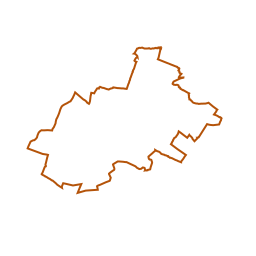 the district of Ciocani, Vaslui, Romania, rotated 122°
{"feature_id": "2599482B54838124288595", "entity_name": "Ciocani", "entity_type": "district", "adm_level": 2, "iso_a3": "ROU", "parent_name": "Romania", "parent_adm1": "Vaslui", "projection": "natural_earth1", "projection_center": [27.58, 46.249], "detail": "fine", "context": "isolated", "style": "outline", "palette": "amber", "viewbox_px": 256, "rotation_deg": 122, "n_neighbors": 0, "source": "geoboundaries", "source_scale": "gbopen_adm2", "svg_char_len": 5702}
<svg xmlns="http://www.w3.org/2000/svg" viewBox="0 0 256 256"><g transform="rotate(122 128 128)"><path d="M125.8,191.7L128.4,191.2L129.7,191.1L131.9,190.8L135.9,190.9L136.6,191.5L139.2,192.8L141.8,194.4L143.9,195.4L145.0,195.6L146.2,195.5L147.9,195.3L151.8,194.3L153.3,194.0L156.6,193.5L158.6,193.4L160.7,192.7L162.5,191.9L166.7,191.3L168.7,191.5L170.3,191.0L171.7,193.7L172.4,195.0L174.3,197.7L175.4,199.5L175.6,200.0L175.8,200.2L177.0,200.8L178.5,201.2L179.3,201.3L181.4,201.0L182.7,200.7L184.2,200.2L185.6,200.3L187.9,200.9L188.6,201.8L189.1,202.2L190.8,203.2L191.2,203.4L196.6,202.7L198.5,202.3L196.6,193.2L195.2,186.5L193.5,182.6L193.2,181.6L196.1,180.8L201.1,179.1L202.6,178.7L203.3,178.1L203.7,177.5L203.9,177.4L204.1,177.4L204.5,177.8L204.9,177.9L205.6,177.9L211.2,176.8L212.9,176.8L213.0,176.7L213.0,175.4L212.8,172.9L213.0,172.4L212.8,171.8L212.7,171.3L212.8,169.0L212.6,167.2L212.8,164.8L212.5,164.2L213.1,160.0L213.6,157.9L213.7,154.6L213.7,152.3L213.1,152.9L212.6,153.1L209.2,153.7L208.1,150.7L205.9,144.2L200.3,137.9L205.3,137.1L209.7,136.3L203.5,130.7L196.4,120.9L195.2,121.9L193.8,123.4L193.4,123.3L192.5,122.8L191.0,121.6L185.7,118.0L182.7,115.7L182.3,115.5L179.3,116.3L177.1,119.7L176.8,119.9L175.9,119.7L172.6,118.4L170.9,117.6L170.5,117.6L169.6,118.1L169.2,118.5L167.1,121.2L166.9,121.4L166.6,121.4L161.8,119.0L161.3,118.2L159.2,114.2L158.6,112.8L157.9,111.4L157.7,111.2L157.2,106.6L157.0,105.2L156.6,101.9L156.6,101.0L156.9,99.7L157.0,99.1L156.9,97.9L156.8,97.6L156.9,97.3L156.8,96.6L155.7,95.3L155.3,95.1L154.1,94.7L153.6,94.5L153.1,93.0L153.1,92.7L153.8,92.0L154.7,90.9L154.8,90.9L154.7,90.8L154.1,89.6L153.8,89.3L153.7,89.2L153.6,89.3L153.7,89.5L153.1,89.1L151.4,87.3L151.2,87.3L149.3,88.0L144.8,89.1L144.1,89.6L143.6,90.3L142.8,91.1L142.7,91.4L142.7,91.7L142.8,92.2L143.3,93.0L143.2,93.6L142.6,94.5L141.6,95.4L141.4,95.5L136.3,93.9L134.7,93.5L133.2,92.9L132.9,92.9L132.6,93.0L132.2,93.3L132.2,91.7L132.2,91.1L131.7,89.2L131.7,88.6L131.8,87.5L132.0,87.1L132.3,86.1L132.2,85.5L132.0,84.8L131.8,84.2L131.8,83.9L131.5,83.4L131.5,83.0L131.4,82.4L131.5,82.1L131.0,81.0L131.0,80.7L131.0,80.3L130.7,79.5L130.9,79.5L131.0,78.9L131.1,78.7L130.8,76.9L131.0,76.7L130.6,75.9L130.2,74.2L130.2,73.4L130.0,71.6L130.0,71.0L129.6,69.3L129.5,67.9L129.1,66.0L129.1,65.6L128.9,64.8L128.4,65.1L127.6,65.1L125.0,64.8L122.2,64.8L120.2,64.6L120.0,68.5L119.7,74.9L119.0,83.0L118.3,83.0L117.4,82.9L117.1,83.1L116.6,83.1L116.1,83.2L115.9,83.1L115.1,83.1L114.8,83.2L114.5,83.4L114.1,83.3L113.8,83.4L112.7,83.4L112.1,83.5L111.9,83.4L110.7,82.8L109.8,82.6L109.2,82.6L108.9,82.7L107.5,82.5L106.8,82.6L106.5,82.5L106.2,82.5L105.6,82.8L105.2,82.8L104.0,83.2L104.1,81.1L104.5,77.1L104.9,72.6L103.4,72.5L101.9,72.4L101.3,72.4L101.6,71.7L101.9,69.8L102.3,68.5L102.4,68.2L103.0,67.6L104.0,64.6L99.5,63.6L99.4,63.9L99.2,63.6L98.3,63.4L98.2,63.1L82.8,63.0L82.3,61.2L81.7,59.7L80.5,57.3L77.2,53.2L76.7,52.6L73.6,53.2L72.3,53.2L71.0,53.7L70.2,53.8L70.0,54.3L70.0,55.2L70.0,55.7L70.3,55.8L70.4,56.9L70.3,58.3L70.4,59.3L70.6,60.5L71.0,62.2L68.4,62.0L67.3,61.9L66.7,62.0L66.2,62.2L65.1,62.0L64.7,67.4L63.9,73.1L64.7,73.7L66.2,75.2L68.8,79.1L70.1,80.8L70.5,82.2L71.0,82.9L71.3,83.7L71.7,85.1L71.9,85.9L71.9,86.6L71.8,87.1L71.4,88.0L71.3,88.6L71.2,89.1L71.3,89.5L70.9,90.1L71.0,90.3L71.0,90.5L70.9,90.5L70.9,91.0L71.1,91.2L71.0,91.3L70.1,92.0L69.6,92.7L68.3,93.3L68.2,93.6L68.0,93.8L67.4,94.3L66.2,94.4L66.2,94.5L66.5,94.7L66.4,95.2L66.4,95.9L66.4,96.2L66.6,101.2L66.8,101.3L66.8,101.6L66.9,102.2L66.8,103.4L67.0,104.2L66.5,104.8L66.5,105.3L66.2,105.3L66.1,105.6L66.4,106.3L66.3,106.7L65.8,107.0L65.3,107.6L65.1,107.8L65.1,108.3L65.4,109.5L65.8,109.8L66.3,110.5L66.5,110.9L66.8,111.9L67.0,112.0L67.0,112.9L67.0,113.4L66.9,113.6L66.6,113.7L65.5,113.9L64.4,113.9L58.8,110.3L57.8,109.5L56.0,107.7L55.8,107.8L56.2,108.3L57.9,110.9L58.3,111.4L58.3,111.6L58.1,111.8L56.1,111.8L55.2,111.8L54.6,111.6L54.2,111.3L53.7,111.4L53.9,112.0L53.9,113.2L53.8,113.8L52.8,114.3L52.6,114.6L52.6,115.6L52.5,115.8L50.8,115.8L50.3,116.0L50.2,116.3L50.2,116.7L50.5,117.4L50.4,118.3L50.3,118.6L50.1,118.7L50.6,120.9L53.9,139.1L52.0,139.4L46.3,141.4L44.1,142.1L43.8,141.9L42.8,142.2L42.9,142.4L43.0,142.7L42.6,142.8L42.6,143.0L42.3,143.1L42.6,143.5L43.1,143.5L43.8,143.8L43.7,144.1L43.2,144.3L43.6,144.9L43.8,145.1L44.2,145.1L44.9,145.4L45.1,145.8L45.2,146.7L45.7,147.0L45.8,147.2L45.8,147.4L46.3,147.8L46.5,148.0L46.9,148.2L47.4,149.3L48.2,150.0L48.8,150.7L49.2,152.0L49.1,152.3L49.3,152.6L49.6,152.7L50.6,154.1L51.8,156.0L52.2,157.6L52.2,158.3L52.5,158.8L53.6,160.0L54.0,160.9L54.4,161.3L55.0,161.5L55.6,162.2L55.9,162.4L57.6,162.2L61.0,162.1L61.4,162.2L61.7,162.3L61.4,161.6L61.4,160.7L61.8,158.9L62.1,158.2L63.0,157.4L62.9,157.8L64.2,158.3L66.0,158.4L67.5,158.2L67.6,157.8L67.7,156.8L67.5,156.5L67.4,155.9L67.9,155.9L68.6,155.8L72.7,154.8L73.0,154.7L73.7,154.5L75.4,154.2L76.3,154.3L77.1,154.0L77.6,154.0L77.7,153.7L78.0,153.6L79.3,153.5L80.5,153.3L80.8,153.1L81.8,153.0L83.1,152.6L83.5,152.6L85.1,152.3L86.1,151.8L87.5,151.7L88.3,151.4L89.3,151.1L90.5,151.0L95.5,149.8L95.8,150.2L95.8,150.5L96.2,151.2L96.9,152.9L97.9,154.6L98.8,156.4L99.7,158.0L101.3,161.9L101.6,161.8L101.9,161.9L102.1,162.2L102.4,162.4L102.7,162.5L103.4,163.2L103.7,163.6L104.0,163.7L104.8,164.4L105.5,164.6L105.7,164.9L106.0,166.1L106.2,166.5L106.9,169.8L107.5,171.1L107.9,173.5L108.6,173.6L108.9,173.9L110.0,173.6L110.5,174.9L110.7,175.1L111.0,175.1L111.5,175.2L112.3,175.1L113.3,175.2L115.3,175.2L116.5,175.0L117.6,177.8L118.3,177.6L119.5,177.0L120.4,176.8L125.3,174.5L127.4,173.9L128.2,173.9L128.2,175.0L128.1,176.5L127.6,177.1L127.3,179.7L127.3,180.1L127.5,180.5L127.4,181.3L126.5,187.2L126.0,190.4L125.8,191.7Z" fill="none" stroke="#b45309" stroke-width="2"/></g></svg>